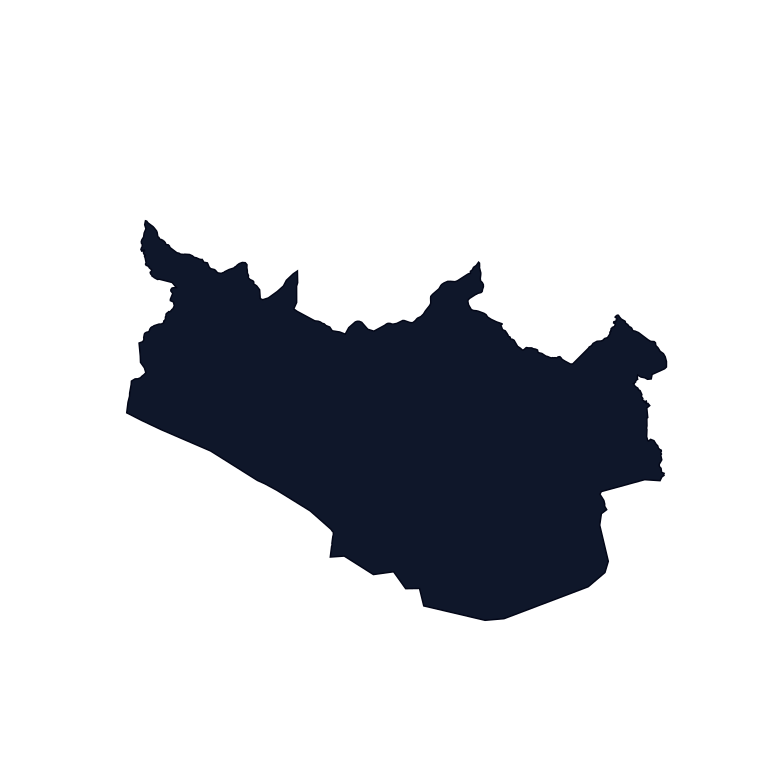 Adansi North, Ashanti, Ghana, rotated 30°
{"feature_id": "2480657B92670413622569", "entity_name": "Adansi North", "entity_type": "district", "adm_level": 2, "iso_a3": "GHA", "parent_name": "Ghana", "parent_adm1": "Ashanti", "projection": "mercator", "projection_center": [-1.594, 6.301], "detail": "fine", "context": "isolated", "style": "filled", "palette": "ink", "viewbox_px": 768, "rotation_deg": 30, "n_neighbors": 0, "source": "geoboundaries", "source_scale": "gbopen_adm2", "svg_char_len": 6166}
<svg xmlns="http://www.w3.org/2000/svg" viewBox="0 0 768 768"><g transform="rotate(30 384 384)"><path d="M330.4,530.0L344.3,529.6L383.5,530.8L410.7,536.3L412.8,537.3L414.0,537.5L415.4,539.6L416.0,541.8L418.6,548.1L419.6,549.4L419.8,550.8L424.0,560.7L435.6,552.9L470.1,554.3L486.2,541.8L505.1,550.4L517.0,543.3L529.4,556.3L589.7,538.1L605.3,527.2L662.2,457.5L669.6,436.8L666.9,425.4L641.4,398.4L637.1,387.6L639.7,381.5L636.2,379.5L635.1,377.5L632.6,374.9L626.1,371.5L626.0,368.5L657.6,336.5L671.4,329.7L671.1,325.6L672.2,323.1L671.4,322.5L671.3,321.3L668.6,321.7L666.1,318.5L663.7,317.7L662.5,316.0L662.5,310.8L659.3,307.3L659.3,305.9L657.9,305.1L657.8,303.5L657.2,302.7L655.5,302.8L653.7,302.4L652.0,300.7L649.6,300.0L646.1,298.1L642.6,298.6L641.7,301.1L640.7,301.1L637.8,298.3L634.5,292.0L633.5,291.0L632.7,288.8L628.8,282.3L629.2,281.2L623.6,273.4L624.9,269.8L622.2,268.8L621.1,269.8L620.4,269.5L620.3,268.3L619.6,267.6L618.4,269.4L617.3,268.4L616.5,268.8L615.7,268.6L615.4,267.1L613.0,266.0L612.6,264.2L609.1,261.7L607.1,261.7L606.0,260.7L602.9,260.5L600.8,259.5L599.8,258.9L600.5,258.2L600.4,257.2L600.9,256.6L600.4,255.2L601.3,252.9L600.5,252.5L600.2,251.6L599.5,250.6L599.2,249.4L603.0,249.5L606.9,248.2L609.8,248.2L612.9,246.0L611.4,241.7L619.4,230.5L620.1,228.1L619.8,227.5L617.4,223.3L613.9,219.8L610.8,218.0L606.8,217.6L603.1,215.6L600.2,214.8L598.4,212.5L596.7,212.2L593.7,213.7L590.8,213.7L578.7,212.2L574.8,212.7L573.4,213.3L572.2,213.0L570.8,211.9L569.8,211.6L569.0,211.5L567.9,211.8L565.2,210.6L563.0,210.6L561.4,209.1L557.0,209.1L553.6,207.9L553.1,207.4L552.3,207.3L551.5,207.9L550.7,209.9L550.7,210.5L550.9,210.7L552.5,210.7L553.6,211.2L553.6,211.8L553.0,212.5L553.5,214.1L553.2,214.6L552.2,214.7L551.9,215.3L552.3,216.3L553.6,216.4L554.6,216.8L554.8,217.3L554.7,219.2L553.4,220.8L553.4,221.6L553.0,222.4L553.5,223.3L553.5,224.1L554.1,224.7L553.7,226.1L554.6,227.6L554.4,231.7L554.3,232.2L552.3,234.3L551.6,236.9L550.5,238.2L547.1,240.5L544.8,244.3L544.6,246.7L544.3,247.6L543.2,249.4L543.2,250.7L537.4,272.3L535.5,273.5L529.4,273.7L525.9,273.6L524.2,272.8L522.6,272.4L521.2,273.5L520.5,275.1L518.9,275.7L517.9,276.5L516.8,276.9L516.2,277.6L514.5,278.1L511.9,278.4L510.2,278.9L505.5,278.6L502.2,279.6L501.3,279.3L499.9,277.8L497.9,278.0L495.1,279.0L494.8,279.1L494.6,278.8L493.6,279.0L490.9,280.6L489.3,281.1L488.9,281.5L488.1,284.0L487.6,284.9L486.9,285.4L484.1,284.8L480.8,284.6L474.8,281.1L472.8,281.1L471.1,281.8L470.4,280.9L469.6,280.3L468.5,280.4L467.4,280.2L466.7,279.4L465.9,279.2L465.2,278.5L464.6,278.7L463.4,277.7L462.2,277.3L460.7,277.6L459.4,277.6L457.0,275.6L456.0,275.1L456.0,274.4L456.4,273.3L456.1,272.8L450.5,273.9L444.5,274.4L440.2,274.2L437.7,272.9L435.2,272.8L429.3,273.8L427.3,274.4L424.7,275.6L422.4,275.9L417.7,273.2L415.7,271.0L414.9,269.8L414.9,268.9L415.3,267.1L418.7,260.5L419.2,260.0L420.0,258.5L422.2,256.4L422.6,255.6L422.7,254.4L422.1,253.1L421.5,250.1L420.3,248.2L418.4,247.0L416.2,246.4L415.7,245.9L414.6,244.4L413.2,241.1L412.3,239.4L408.5,235.5L407.9,234.2L406.3,231.6L405.0,231.2L404.6,235.3L403.2,238.2L403.4,241.1L402.5,243.2L403.6,245.0L402.4,245.9L401.6,247.0L396.0,257.9L395.1,259.0L394.3,259.9L390.1,261.9L387.8,263.3L385.5,266.4L384.3,268.8L384.0,270.2L384.0,274.1L381.2,282.1L380.7,284.7L381.4,286.3L383.6,289.8L384.2,291.2L384.3,293.2L383.3,300.0L383.2,303.7L382.2,307.2L380.1,310.2L379.7,311.6L379.5,313.2L378.4,316.2L377.3,317.1L375.6,317.8L369.9,318.9L368.5,319.6L364.8,325.1L362.2,327.4L360.9,328.2L359.5,328.3L358.1,328.9L357.0,329.6L356.1,330.8L355.2,332.9L348.8,343.3L342.6,344.7L333.8,341.7L331.2,342.1L329.4,343.1L328.1,344.6L325.3,352.8L325.5,360.2L319.6,361.1L312.6,363.8L308.5,361.8L304.5,362.4L302.1,361.8L300.2,362.3L297.9,362.1L295.7,362.5L292.5,363.9L272.4,364.5L268.3,364.1L267.6,357.1L259.4,343.0L258.6,339.5L252.5,329.4L250.3,334.0L247.6,343.0L247.9,349.4L245.3,357.3L240.8,367.3L236.8,371.7L234.1,371.9L229.2,364.6L224.7,362.7L220.9,362.4L220.3,360.8L218.9,360.2L215.7,360.5L213.8,360.0L213.1,359.4L212.4,357.8L210.2,356.2L208.9,354.1L207.1,351.9L205.7,349.2L203.2,348.3L200.5,349.6L198.4,352.2L197.3,354.8L197.3,355.6L196.4,357.1L195.9,358.7L192.6,362.3L189.8,366.5L189.8,367.0L187.7,369.6L184.7,370.8L182.8,370.5L181.8,370.0L180.5,369.7L179.8,369.7L176.2,370.8L174.0,370.1L170.5,367.4L166.8,368.7L166.1,368.0L164.2,367.0L163.5,367.6L161.6,368.2L158.4,368.5L156.4,369.2L154.0,368.8L150.8,369.1L146.4,371.3L145.5,372.1L144.0,372.7L143.2,373.3L141.1,373.2L139.0,373.9L130.4,372.8L129.2,371.8L127.7,371.3L125.5,372.2L123.8,370.9L122.1,370.3L121.4,370.5L120.7,370.1L118.4,370.3L117.6,370.7L117.1,370.6L115.8,369.6L114.8,369.6L114.2,369.2L111.8,366.2L110.6,365.2L106.9,363.7L105.3,363.2L99.2,362.5L97.0,361.6L95.8,361.9L97.1,365.7L100.2,368.6L100.8,373.2L102.3,376.9L102.2,380.1L102.6,382.0L103.5,383.3L104.6,383.8L105.2,384.5L105.9,386.0L105.9,387.4L106.2,389.0L107.8,390.1L108.0,390.0L108.0,389.0L108.9,388.6L109.2,387.9L109.7,388.0L110.1,388.4L109.6,389.7L110.4,391.0L111.9,391.9L112.7,391.6L112.9,391.8L113.1,392.0L112.7,392.8L112.9,393.4L113.9,394.0L117.4,398.0L117.5,399.4L117.7,399.6L118.8,400.2L120.1,399.7L121.1,400.1L121.6,399.9L122.5,400.7L125.7,401.3L126.2,402.9L126.2,403.3L125.7,403.8L125.8,404.4L126.8,405.3L128.5,405.9L129.5,406.7L130.7,406.4L131.7,406.8L135.6,406.7L137.0,405.6L149.8,402.0L156.0,404.3L153.3,406.1L152.5,406.8L152.3,407.5L152.3,409.1L153.0,410.1L155.2,410.9L155.8,411.5L156.6,417.4L157.3,418.6L160.6,418.3L161.1,418.5L161.3,419.0L163.3,421.1L163.6,424.4L163.1,425.5L162.9,427.1L162.2,428.8L161.3,429.0L161.1,430.0L160.3,431.8L160.5,432.9L161.1,433.9L161.2,435.3L162.2,437.0L162.2,439.0L161.9,439.2L161.8,439.7L162.6,440.9L162.5,441.5L161.7,442.4L161.4,443.3L159.2,444.6L155.7,448.5L155.0,450.0L154.5,450.5L153.9,451.9L153.8,453.6L154.2,455.5L154.0,456.5L152.3,458.1L151.5,459.7L151.5,460.5L152.7,464.0L153.5,465.0L153.9,465.9L153.9,468.0L151.4,471.0L159.0,481.7L162.3,487.0L168.4,489.8L172.1,493.3L171.5,495.8L170.2,499.0L170.2,500.1L168.2,502.6L165.9,504.0L163.8,507.8L165.3,510.8L168.3,519.1L169.7,521.7L171.4,527.7L175.6,537.6L192.8,536.7L214.4,534.9L267.3,528.7L322.7,530.8L330.4,530.0Z" fill="#0f172a" stroke="#020617" stroke-width="1.5"/></g></svg>